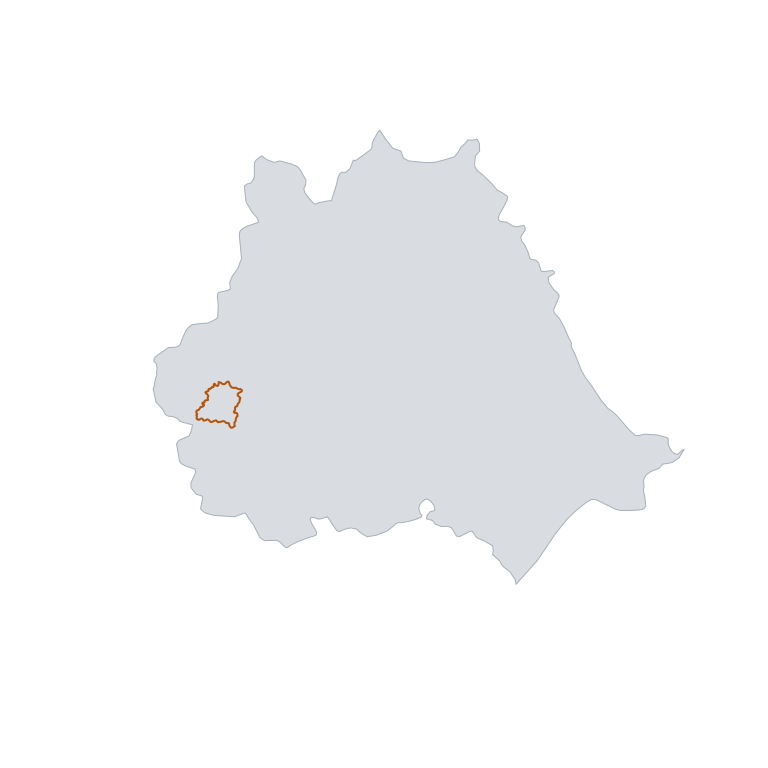 Shumilina, Vitebsk, Belarus (highlighted), rotated 233°
{"feature_id": "67162791B70451788382486", "entity_name": "Shumilina", "entity_type": "district", "adm_level": 2, "iso_a3": "BLR", "parent_name": "Belarus", "parent_adm1": "Vitebsk", "projection": "mercator", "projection_center": [29.497, 55.329], "detail": "fine", "context": "in_parent", "style": "outline", "palette": "amber", "viewbox_px": 768, "rotation_deg": 233, "n_neighbors": 0, "source": "geoboundaries", "source_scale": "gbopen_adm2", "svg_char_len": 8928}
<svg xmlns="http://www.w3.org/2000/svg" viewBox="0 0 768 768"><g transform="rotate(233 384 384)"><path d="M589.2,533.3L579.0,532.7L566.8,532.9L559.9,537.7L552.5,535.4L547.2,538.1L535.0,551.3L530.3,558.3L525.8,569.2L523.1,577.2L524.6,582.8L526.8,588.0L527.3,593.6L528.5,598.0L525.5,601.1L523.7,605.7L518.6,604.9L512.4,600.5L511.1,594.2L506.3,589.7L503.1,587.4L497.9,587.1L489.6,589.1L478.7,590.7L470.5,591.1L466.0,593.4L459.4,595.6L456.8,593.0L453.2,585.8L450.1,578.5L448.1,575.4L446.3,574.5L444.0,574.7L441.5,577.0L439.6,579.3L432.7,582.0L429.7,584.6L426.4,591.2L424.1,590.8L421.9,589.3L419.2,581.8L415.7,580.1L409.9,580.0L402.7,578.4L396.9,576.2L394.8,576.7L391.4,579.9L387.7,580.3L379.5,577.5L377.9,578.8L373.2,587.0L371.0,587.4L369.7,586.4L370.4,579.3L365.7,576.7L357.7,576.3L352.0,577.4L349.3,577.1L347.9,575.7L341.0,563.7L337.4,562.9L330.8,563.5L321.2,562.1L310.1,559.4L304.0,558.4L300.8,555.7L294.0,554.8L275.7,549.7L268.2,548.8L257.1,548.7L240.3,547.6L229.5,548.2L224.6,549.9L218.8,550.9L198.9,552.3L191.7,553.7L189.6,556.2L187.3,561.7L179.1,571.3L171.1,577.6L169.6,578.2L165.0,574.8L161.1,573.7L156.5,573.3L153.3,574.4L151.2,576.0L151.5,583.3L151.1,584.0L147.5,575.2L147.8,567.3L149.8,562.8L152.2,558.7L151.2,552.6L153.5,544.5L153.6,538.6L152.6,536.1L150.7,533.1L145.5,529.9L143.2,527.3L136.1,523.9L129.1,519.7L128.0,517.0L128.3,515.3L129.5,512.5L134.8,504.6L140.6,496.8L144.3,493.7L163.9,483.8L167.0,480.3L167.7,474.4L167.4,462.4L166.2,451.4L164.7,443.9L160.9,429.7L150.7,400.1L144.6,369.1L148.6,370.9L158.0,371.6L165.4,369.5L169.3,369.2L172.7,369.9L182.5,368.1L185.0,370.9L189.3,373.4L198.0,369.8L205.6,365.5L213.5,365.9L214.6,363.8L216.6,352.7L219.0,350.3L228.4,351.4L231.9,349.4L235.6,344.0L241.2,340.6L245.9,340.6L250.7,336.8L253.1,339.3L254.3,343.9L252.7,347.6L253.4,349.0L256.7,350.8L262.5,350.8L266.2,349.2L267.1,347.2L267.1,343.4L266.1,339.8L263.7,336.8L259.1,335.2L255.9,335.1L255.4,333.2L256.4,329.0L259.3,321.3L262.8,314.3L264.9,311.7L265.3,309.3L264.8,305.1L264.8,297.5L267.9,286.7L272.1,278.7L277.8,276.1L284.7,274.7L289.1,270.8L291.3,266.4L293.1,259.5L295.3,258.0L312.0,258.9L314.5,252.0L315.9,250.0L319.1,248.0L321.3,245.5L320.5,243.6L316.3,242.3L306.3,241.2L304.2,238.9L304.9,236.1L307.6,228.9L310.1,219.6L311.4,212.4L311.5,208.1L313.0,206.9L321.1,205.6L323.8,204.1L330.9,194.2L336.2,192.5L350.0,195.1L356.3,194.9L364.3,195.6L365.0,194.6L367.9,184.8L381.5,169.0L388.8,163.5L393.4,162.3L395.0,162.6L402.3,170.9L404.1,171.3L408.9,167.7L417.4,167.5L421.3,170.4L426.9,180.6L429.8,181.8L438.0,176.1L442.5,174.2L445.5,174.3L460.9,182.2L462.1,184.7L462.2,187.7L459.8,197.0L463.0,202.6L466.7,206.5L474.6,200.1L477.5,198.4L480.7,198.3L485.0,195.9L488.1,192.4L491.1,191.1L496.8,192.0L507.0,191.1L519.0,196.7L520.0,198.4L526.0,205.0L528.1,208.2L530.1,209.2L533.2,212.4L537.5,214.4L540.5,213.8L541.9,214.9L543.2,217.4L543.3,221.6L542.9,233.7L538.6,240.1L538.0,242.3L538.2,244.9L541.6,250.1L546.0,258.2L547.0,262.9L547.0,266.4L541.0,276.7L539.1,279.1L537.7,284.1L537.0,289.2L537.4,291.4L547.3,299.5L554.7,303.9L556.4,306.0L556.5,307.4L552.6,316.1L552.2,318.4L558.1,322.0L561.4,327.7L564.3,336.9L569.9,345.7L590.7,358.5L592.6,360.8L593.2,363.5L592.5,369.5L588.7,380.9L592.3,382.6L601.5,382.1L612.7,383.5L626.1,391.6L626.1,395.2L624.7,398.4L625.7,401.9L627.1,404.8L638.7,413.7L639.8,416.3L640.0,420.6L639.7,423.8L636.5,424.4L632.9,425.9L627.1,429.7L624.8,435.1L615.4,442.4L609.5,445.8L604.9,445.9L593.8,444.4L589.9,440.8L588.3,437.4L584.1,435.9L578.4,435.8L570.6,436.4L569.0,437.4L567.8,441.5L564.5,448.5L562.1,452.4L572.0,466.2L576.9,471.9L578.5,475.3L578.5,477.8L576.1,480.7L576.5,486.5L581.3,494.2L579.6,495.4L579.2,504.8L579.2,514.8L580.5,517.2L583.1,519.2L585.3,522.8L588.9,531.1L589.2,533.3Z" fill="#d9dde1" stroke="#a8b0b8" stroke-width="1"/><path d="M484.8,236.4L484.5,236.3L484.0,236.2L483.3,236.4L482.9,236.4L482.6,236.5L482.3,236.5L482.0,236.6L481.6,236.6L481.3,236.6L480.9,236.6L480.4,236.6L480.2,236.5L479.9,236.3L479.8,236.0L479.7,235.8L479.5,235.5L479.4,235.1L479.2,235.0L479.0,234.7L478.3,234.4L477.9,234.3L477.6,234.2L477.3,233.9L477.2,233.8L477.2,233.5L477.4,233.1L477.6,232.9L477.7,232.6L477.9,232.3L478.1,232.1L478.4,231.5L478.4,231.2L478.4,230.8L478.3,230.6L478.0,230.2L477.8,230.1L477.6,229.9L477.4,229.6L477.4,229.4L477.4,229.1L477.8,228.8L478.0,228.6L478.1,228.4L478.2,227.9L478.0,227.5L477.8,227.3L477.4,227.0L477.0,227.0L476.6,227.1L476.4,227.3L476.2,227.5L475.9,227.7L475.7,227.7L475.3,227.5L475.2,227.1L475.2,226.8L475.1,226.5L475.1,226.0L475.1,225.5L475.2,225.0L475.4,224.6L475.5,224.4L475.8,224.2L476.0,223.8L476.0,223.6L475.8,223.2L475.7,223.0L475.5,222.7L475.4,222.3L475.3,222.0L475.2,221.7L475.1,221.4L474.9,220.9L474.9,220.6L474.9,220.3L475.1,219.7L475.2,219.4L475.3,219.1L475.3,218.9L475.3,218.5L475.2,218.1L475.0,217.7L474.8,217.4L474.6,217.2L474.2,216.9L473.9,216.9L473.2,216.9L472.7,216.8L472.4,216.6L472.1,216.2L472.0,215.9L472.0,215.6L472.0,215.4L471.5,215.3L471.3,215.3L471.0,215.2L470.7,215.1L470.5,214.8L470.4,214.6L470.2,214.3L470.0,214.1L469.7,214.0L469.5,213.9L469.2,213.7L468.9,213.5L468.5,213.5L468.2,213.8L468.0,214.1L467.9,214.1L467.5,214.2L467.1,214.2L466.8,214.5L466.7,215.1L466.6,215.6L466.6,216.1L466.6,216.6L466.4,217.0L466.2,217.4L465.9,217.7L465.5,218.0L464.9,218.1L464.4,218.1L464.1,218.0L463.9,217.9L463.5,217.8L463.3,217.9L462.9,218.3L462.8,218.6L462.6,219.0L462.5,219.5L462.3,220.3L462.3,220.8L462.2,221.2L462.0,221.6L461.7,221.9L461.4,222.1L461.0,222.3L460.6,222.4L460.0,222.4L459.5,222.5L459.0,222.5L458.6,222.6L458.3,222.7L457.8,222.9L457.4,223.4L457.3,223.8L457.2,224.2L457.1,224.8L456.9,225.2L456.9,225.6L456.7,226.0L456.6,226.6L456.4,227.2L456.2,227.5L456.0,227.9L455.6,228.1L455.1,228.2L454.7,228.2L454.1,228.2L453.5,228.3L453.1,228.8L452.9,229.6L452.5,230.0L452.3,230.5L452.0,231.1L451.7,231.7L451.5,232.3L451.4,232.7L451.2,233.1L450.8,233.6L450.4,233.9L449.9,234.2L449.5,234.2L449.1,234.3L448.8,234.4L448.5,234.4L448.1,234.5L447.8,234.6L447.4,234.9L447.2,235.1L447.0,235.4L446.8,235.8L446.5,236.1L446.1,236.4L445.6,236.3L445.3,236.3L445.0,236.1L444.8,235.9L444.5,235.7L444.0,235.6L443.6,235.6L443.3,235.6L443.0,235.4L442.6,235.4L442.3,235.5L441.7,235.5L441.4,235.5L441.1,235.7L440.7,236.1L440.5,236.5L440.3,237.1L440.3,237.6L440.3,238.0L440.3,238.6L440.4,238.9L440.3,239.5L440.6,239.5L441.1,239.8L441.5,240.1L441.9,240.4L442.3,240.7L442.6,241.0L443.0,241.1L443.2,241.3L443.3,241.5L443.5,241.9L443.5,242.3L443.6,242.7L443.7,243.0L443.8,243.3L443.9,243.5L444.3,243.8L444.6,244.0L444.9,244.2L445.3,244.7L445.6,245.0L445.8,245.5L446.0,246.0L446.3,246.4L446.5,246.8L446.6,247.2L446.5,247.6L446.9,247.9L447.2,248.2L447.7,248.5L448.2,248.7L448.7,248.9L449.3,248.9L449.8,248.6L450.2,248.3L450.6,247.7L450.8,247.4L451.2,247.2L451.6,247.2L451.9,247.2L452.3,247.5L452.4,247.8L452.5,248.2L452.6,248.7L452.8,249.2L453.1,249.6L453.5,250.0L453.9,250.2L454.3,250.4L454.7,250.7L454.9,251.1L455.1,251.5L455.1,252.0L455.1,252.4L454.8,252.7L454.7,253.0L454.7,253.3L454.8,253.6L455.2,254.2L455.5,254.5L455.8,254.8L456.1,255.2L456.2,255.6L456.3,255.9L456.3,256.3L456.3,256.7L456.4,257.2L456.7,257.6L457.0,258.1L457.6,258.7L457.8,258.9L458.3,259.2L458.6,259.4L458.7,259.8L458.7,260.1L458.8,260.3L458.9,260.5L459.1,260.7L459.4,260.9L459.9,260.9L460.1,260.8L461.0,260.6L461.4,260.5L462.1,260.4L462.8,260.3L463.4,260.6L463.6,260.8L464.1,261.3L464.2,261.8L464.2,262.3L464.2,262.8L464.1,263.3L464.1,264.0L463.8,264.5L463.8,264.9L463.8,265.6L463.9,266.0L464.0,266.4L464.2,266.6L464.5,266.7L465.2,266.7L465.8,266.5L466.1,266.4L466.4,266.2L466.6,265.8L467.0,265.3L467.4,264.9L467.7,264.6L468.1,264.3L468.5,264.1L468.9,264.0L469.7,263.7L470.1,263.5L470.4,263.0L470.8,262.6L471.0,262.1L471.2,261.7L471.5,261.4L471.7,261.2L472.0,261.0L472.2,260.9L472.5,260.7L472.8,260.4L473.1,260.3L473.6,260.2L474.3,260.2L474.8,260.2L475.2,260.2L475.7,260.2L476.2,260.3L476.7,260.5L477.3,260.7L477.8,260.9L478.5,261.2L478.9,261.2L479.2,261.2L479.4,261.0L479.8,260.7L480.1,260.3L480.2,259.7L480.1,259.3L480.0,258.8L480.0,258.1L479.8,257.4L479.8,257.0L480.0,256.3L480.2,256.0L480.7,255.3L481.1,255.2L481.8,254.8L482.1,254.8L482.8,254.6L483.1,254.5L483.5,254.3L484.1,253.9L484.5,253.6L484.7,253.3L484.9,253.1L484.7,253.0L484.5,252.8L484.2,252.6L484.0,252.3L483.7,252.0L483.4,251.7L482.9,251.2L482.8,250.9L482.6,250.4L482.6,250.0L483.0,249.6L483.5,249.2L483.8,249.1L484.2,248.8L484.7,248.5L485.0,248.4L485.3,248.6L485.6,248.8L485.8,248.9L486.0,248.9L486.3,248.6L486.3,248.3L485.9,247.7L485.7,247.4L485.4,247.0L485.1,246.9L484.7,246.7L484.4,246.3L484.3,246.0L484.4,245.6L484.6,245.2L484.8,245.1L485.0,244.9L485.0,244.7L485.0,244.3L484.9,243.9L484.7,243.5L484.6,243.4L484.6,243.2L484.8,243.0L484.9,242.7L485.0,242.5L484.9,242.2L484.8,241.7L485.0,241.4L485.4,241.1L485.4,240.7L485.1,240.4L484.7,240.1L484.6,239.9L484.4,239.7L484.2,239.4L484.2,239.2L484.2,238.9L484.2,238.6L484.3,238.4L484.7,237.9L484.8,237.5L484.9,237.2L484.9,236.7L484.8,236.4Z" fill="none" stroke="#b45309" stroke-width="2"/></g></svg>